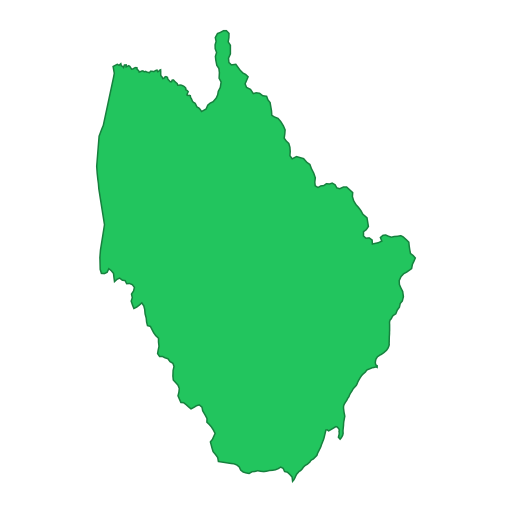 Rio Preto da Eva, Amazonas, Brazil
{"feature_id": "56859067B18065173941259", "entity_name": "Rio Preto da Eva", "entity_type": "district", "adm_level": 2, "iso_a3": "BRA", "parent_name": "Brazil", "parent_adm1": "Amazonas", "projection": "equal_earth", "projection_center": [-59.598, -2.513], "detail": "fine", "context": "isolated", "style": "filled", "palette": "green", "viewbox_px": 512, "rotation_deg": 0, "n_neighbors": 0, "source": "geoboundaries", "source_scale": "gbopen_adm2", "svg_char_len": 5694}
<svg xmlns="http://www.w3.org/2000/svg" viewBox="0 0 512 512"><path d="M415.3,258.0L413.2,255.6L410.5,253.5L409.8,250.1L409.2,246.0L408.8,242.2L406.6,240.0L403.3,237.0L401.7,236.1L400.7,235.7L397.5,236.3L394.2,236.5L391.4,237.2L388.3,236.2L385.7,235.0L383.0,235.3L380.4,237.5L381.8,241.1L378.4,242.7L372.4,244.0L372.1,240.0L369.2,237.9L365.9,238.2L363.5,236.0L363.5,231.7L366.2,229.7L368.4,226.5L367.0,217.8L362.8,214.2L361.0,210.8L358.4,207.3L356.0,204.7L353.7,200.9L352.4,196.6L352.7,192.6L346.6,187.0L343.5,187.0L339.7,188.7L336.8,187.9L335.1,184.8L332.2,183.1L329.5,184.0L326.4,183.7L323.8,185.6L320.9,185.9L318.0,187.5L315.2,185.8L314.8,182.2L315.3,177.8L313.7,173.1L311.4,168.6L309.9,164.5L306.8,162.3L303.6,158.6L296.5,156.6L292.2,158.8L289.9,155.7L290.2,151.5L289.9,147.3L288.8,143.5L286.3,141.1L284.2,138.2L284.8,133.8L285.1,129.9L283.4,125.9L280.7,121.5L278.0,118.4L274.3,116.9L271.8,115.3L271.5,110.9L270.1,102.6L267.9,99.8L266.6,96.3L262.7,95.7L259.6,93.3L256.2,92.8L253.3,93.6L250.5,89.4L246.5,87.4L245.1,83.8L248.1,76.8L245.6,74.4L243.0,73.1L240.1,70.2L235.8,64.3L231.4,64.9L228.9,62.5L228.5,58.2L230.4,53.9L230.4,45.3L228.2,41.9L228.9,37.5L229.0,33.4L226.4,30.7L223.5,30.7L220.2,32.5L217.5,33.5L215.3,37.6L216.1,41.4L215.1,44.8L215.2,48.7L216.6,52.5L215.4,56.4L215.8,60.1L216.8,65.3L218.9,68.5L219.4,72.6L219.1,78.2L220.1,80.1L221.1,82.0L220.3,87.4L218.3,91.3L217.7,94.8L216.2,98.1L213.1,101.7L210.2,103.1L207.8,105.1L206.1,109.0L201.6,111.5L200.7,110.2L199.9,109.1L198.9,108.0L197.0,107.0L196.2,105.5L195.7,104.3L194.8,103.0L193.5,102.4L192.5,101.3L191.4,98.7L190.6,97.5L190.3,95.7L189.2,95.3L187.9,95.5L186.9,94.9L187.4,93.5L188.2,91.7L187.1,90.5L185.8,89.7L185.8,88.2L184.4,86.7L182.9,85.8L181.4,85.2L180.2,85.0L179.2,85.2L177.7,85.2L177.2,83.6L175.9,82.5L174.6,81.3L173.5,80.0L172.2,80.1L171.5,81.7L170.3,81.8L169.4,80.8L167.9,79.3L167.4,77.3L165.9,76.6L164.6,77.2L163.9,78.3L162.8,78.6L162.0,76.9L160.8,75.6L160.7,73.9L160.7,71.4L160.6,69.8L159.5,70.3L158.7,71.4L157.6,71.7L157.0,70.1L155.5,70.6L153.9,71.6L152.1,71.3L150.6,71.2L149.4,72.7L147.9,72.3L146.7,72.1L145.7,71.4L144.2,71.8L142.9,70.9L141.9,71.0L140.5,71.6L139.2,72.1L138.6,70.6L137.2,69.5L136.9,67.7L135.3,67.6L134.1,68.2L133.0,68.9L131.7,69.2L130.8,67.9L129.8,66.4L128.7,65.7L126.2,66.9L126.2,64.9L124.4,65.0L123.5,67.5L122.7,66.5L121.3,65.8L120.8,63.7L119.9,64.5L119.1,65.4L117.3,64.3L113.1,66.5L114.3,73.3L113.5,77.6L103.3,125.4L101.8,129.0L101.3,130.3L99.1,136.2L96.7,166.3L97.2,173.4L97.8,179.1L98.4,183.5L98.8,188.6L100.2,197.6L102.6,212.8L104.5,224.7L102.7,236.1L100.5,249.8L100.2,253.6L99.9,257.5L100.0,260.7L100.1,265.1L100.2,269.4L101.4,273.4L104.4,273.6L107.1,272.3L108.8,268.7L111.2,270.6L113.5,273.4L113.9,277.0L114.5,281.6L115.5,280.7L117.0,279.3L119.6,278.1L122.3,280.2L125.1,280.6L126.7,283.7L129.6,283.5L132.4,284.7L134.4,287.4L133.6,290.9L131.5,294.1L132.3,297.7L131.2,301.1L132.5,305.1L133.9,308.5L136.7,307.1L139.3,305.1L141.8,302.9L143.8,305.9L144.7,309.4L145.1,313.9L146.2,318.0L146.6,322.1L147.5,325.6L150.4,326.4L152.0,329.5L153.7,332.8L155.7,335.6L158.5,338.2L158.5,342.0L159.0,346.3L158.2,350.0L157.6,353.6L159.6,356.5L162.5,356.5L165.0,357.8L167.9,358.7L170.0,361.6L172.9,363.3L174.0,366.5L173.1,370.4L172.9,376.1L173.3,380.0L175.7,382.6L178.0,385.2L179.3,388.5L178.9,392.2L178.0,395.8L179.4,399.1L180.9,402.5L183.6,402.7L186.1,404.6L188.5,406.8L191.0,408.9L194.0,407.3L196.6,405.7L199.3,404.9L202.0,407.2L202.7,410.8L205.3,415.3L207.0,418.5L206.9,422.2L209.2,424.4L211.3,426.8L213.3,429.9L215.1,433.4L212.4,439.4L210.4,441.9L212.0,448.0L213.1,451.6L215.5,454.5L217.7,457.5L218.4,461.5L231.2,463.5L234.0,463.8L236.9,465.0L239.3,467.0L240.7,470.1L243.1,472.0L246.0,472.9L249.1,473.5L252.1,471.7L254.8,471.5L257.7,470.7L260.8,471.3L263.8,471.6L266.6,471.2L269.4,470.5L272.4,470.3L275.3,469.8L278.1,468.7L280.7,467.1L283.2,468.4L284.6,471.5L287.4,472.2L289.8,474.4L292.1,477.1L292.6,481.3L293.8,479.9L294.9,477.9L295.8,475.8L296.8,474.0L298.1,472.6L299.2,471.3L300.3,470.8L301.3,469.9L302.4,468.7L303.2,467.4L304.1,466.5L305.0,465.6L306.0,465.0L307.4,464.2L308.6,463.1L309.7,462.2L310.8,460.5L312.2,459.5L313.3,459.0L314.4,457.9L315.6,456.7L316.9,455.4L317.5,453.5L318.1,452.2L318.9,450.7L319.6,449.2L320.2,448.1L320.9,446.5L321.6,444.3L322.3,442.7L322.8,441.3L323.4,439.9L324.0,438.0L325.9,430.0L327.2,429.8L328.6,430.9L331.6,429.2L335.9,426.6L337.2,427.0L338.5,428.4L339.4,429.9L339.0,431.2L339.2,432.6L339.2,434.1L338.8,435.6L338.4,437.2L340.1,439.2L341.2,437.9L342.1,436.4L342.7,435.2L343.1,433.4L343.0,431.7L343.0,430.2L343.2,428.3L343.5,425.5L343.6,423.2L343.8,421.4L344.1,420.0L344.4,418.3L344.8,416.3L344.5,414.6L344.1,412.7L343.9,411.4L343.5,408.0L343.6,405.9L344.2,404.3L344.9,403.1L345.9,401.5L346.7,400.4L347.7,398.3L348.9,396.7L349.5,395.0L350.5,393.1L351.8,391.2L352.9,389.2L354.2,387.6L355.4,386.4L356.4,385.2L357.1,383.8L357.7,382.2L358.4,380.8L359.3,379.2L360.3,377.5L361.6,375.6L363.0,374.1L364.4,372.9L365.5,371.9L366.2,370.8L367.3,369.7L368.8,369.2L369.9,368.7L371.0,368.3L371.9,367.8L373.4,367.6L375.0,367.2L376.1,366.9L377.1,367.4L377.2,365.8L375.7,364.8L375.3,362.5L375.6,360.5L376.0,359.0L377.5,356.7L378.9,355.8L379.8,355.1L380.8,354.7L382.2,353.8L383.9,352.6L385.1,351.5L386.5,350.3L388.0,348.1L388.8,346.2L389.2,344.8L389.1,343.1L389.2,341.7L389.2,340.3L389.3,336.6L389.5,334.0L389.5,332.0L389.6,330.6L389.6,327.0L389.6,324.6L389.5,322.9L389.6,321.4L390.3,319.6L391.2,318.9L392.0,317.2L393.0,315.6L395.8,313.8L397.2,310.2L399.4,307.2L400.2,303.5L402.3,301.0L403.4,296.7L402.7,291.5L400.8,287.8L399.4,284.5L399.2,280.6L401.0,276.6L403.7,273.7L406.7,272.1L411.6,268.6L412.4,264.4L413.9,261.3L415.3,258.0Z" fill="#22c55e" stroke="#15803d" stroke-width="1.5"/></svg>